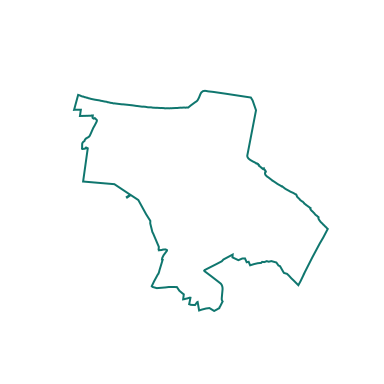 the district of Liepāja, Liepāja, Latvia, rotated 110°
{"feature_id": "27541924B54461346766762", "entity_name": "Liepāja", "entity_type": "district", "adm_level": 2, "iso_a3": "LVA", "parent_name": "Latvia", "parent_adm1": "Liepāja", "projection": "natural_earth1", "projection_center": [21.025, 56.537], "detail": "fine", "context": "isolated", "style": "outline", "palette": "teal", "viewbox_px": 384, "rotation_deg": 110, "n_neighbors": 0, "source": "geoboundaries", "source_scale": "gbopen_adm2", "svg_char_len": 5688}
<svg xmlns="http://www.w3.org/2000/svg" viewBox="0 0 384 384"><g transform="rotate(110 192 192)"><path d="M219.4,297.9L211.2,267.6L215.7,249.1L219.0,251.6L219.4,251.1L215.8,248.5L217.9,239.7L228.6,227.5L233.4,221.3L235.8,220.5L243.1,215.6L244.5,214.1L246.0,212.7L254.9,204.4L257.5,203.7L257.6,202.8L257.9,202.8L256.8,200.5L256.3,200.0L256.1,199.7L255.8,199.1L255.0,197.2L255.1,195.8L255.2,195.6L255.5,195.5L255.9,195.5L260.5,196.9L261.2,197.1L264.1,197.4L265.8,197.1L265.8,196.7L265.7,196.6L265.7,196.4L276.6,195.8L278.5,195.6L280.4,195.6L281.0,195.9L289.0,197.1L294.3,197.6L294.7,196.6L294.4,192.3L294.2,191.8L290.8,184.4L289.3,181.5L288.1,178.3L286.5,173.7L289.1,170.1L290.4,166.6L291.0,164.7L295.9,163.6L295.4,162.7L294.2,161.0L294.1,160.9L293.9,160.4L292.0,157.9L291.9,157.3L295.6,156.7L298.4,156.3L298.4,154.4L297.2,150.5L293.8,149.5L293.4,149.1L300.9,144.8L299.1,142.5L297.6,140.3L296.7,139.0L295.1,135.9L295.7,133.0L296.2,130.5L293.4,128.0L292.6,127.4L292.1,126.8L291.7,126.6L291.3,126.7L290.7,126.7L290.4,126.5L284.4,125.8L284.2,126.1L283.5,126.8L283.0,127.2L281.7,127.7L273.0,130.0L271.7,130.5L270.8,131.0L270.1,131.5L269.6,131.9L269.0,132.5L268.6,133.1L268.3,133.5L267.6,135.6L264.6,145.0L262.1,153.2L261.8,153.6L261.0,153.4L251.5,144.5L246.9,140.3L244.7,139.4L236.9,132.4L239.6,131.6L240.2,125.1L237.3,122.0L236.3,119.5L239.3,116.6L238.2,114.9L241.0,112.3L238.5,109.0L236.4,105.8L235.0,102.8L233.7,102.2L233.1,100.0L231.4,98.1L231.3,96.1L229.8,93.8L229.4,88.6L231.5,85.6L231.6,83.9L235.6,79.2L236.6,77.9L236.4,74.7L237.5,72.2L239.1,69.2L240.3,66.4L243.2,60.2L238.7,59.5L230.7,58.7L230.7,58.8L212.5,56.6L196.4,54.3L189.9,53.1L180.3,51.8L180.1,52.3L179.9,52.8L179.4,53.6L179.2,54.1L178.9,54.8L178.8,55.2L178.6,55.5L178.5,55.8L178.2,56.2L177.7,57.6L177.1,58.6L176.2,60.8L175.9,61.2L175.2,62.3L174.6,63.1L174.5,63.3L174.1,63.7L173.3,64.3L172.5,64.4L172.2,64.7L172.2,65.1L172.0,65.8L171.6,66.5L171.4,67.5L171.2,68.1L171.1,68.3L170.5,69.4L170.1,69.9L169.9,70.4L169.8,70.8L169.6,71.1L169.4,71.4L168.9,72.5L168.9,72.8L168.6,73.3L168.3,73.9L168.1,74.3L167.3,75.1L167.2,75.2L166.6,75.1L166.4,75.9L166.2,76.6L166.1,76.9L166.0,77.3L165.9,77.6L165.8,78.1L165.6,78.6L165.2,80.2L165.0,80.5L165.0,80.8L164.8,81.2L164.6,81.9L164.5,82.2L164.5,82.4L164.4,82.6L164.2,82.9L164.0,83.0L163.5,84.1L163.2,84.7L163.2,85.2L163.1,85.6L162.7,87.0L162.5,87.6L162.3,88.0L162.2,88.1L161.8,88.7L161.8,88.8L161.5,89.4L161.3,89.9L160.9,90.7L160.9,90.9L160.8,91.1L160.7,91.2L160.3,91.9L159.7,92.2L159.3,92.6L159.0,92.9L158.9,93.3L158.7,93.5L158.8,93.7L158.5,95.1L158.3,96.2L158.2,97.0L158.1,98.9L158.0,99.9L157.7,101.4L157.7,101.6L157.4,103.3L157.4,103.6L157.1,105.3L157.0,105.7L155.8,109.4L156.1,109.6L155.8,110.8L155.2,114.4L154.7,116.2L153.8,119.9L153.9,120.2L153.7,120.4L152.1,125.4L151.9,126.5L151.2,128.1L150.8,128.8L150.5,129.1L149.9,129.6L149.1,129.9L148.1,130.0L147.8,129.9L147.6,129.6L147.2,129.9L147.1,130.3L146.8,130.6L146.6,131.0L146.5,130.9L146.4,131.0L146.3,131.4L146.2,131.4L146.1,131.6L145.8,132.0L145.8,132.3L145.9,132.5L145.6,132.6L146.0,132.9L146.1,133.0L146.1,133.4L146.0,133.6L145.6,133.8L145.7,134.0L145.8,134.2L145.8,134.4L145.6,134.9L144.9,136.3L144.8,136.8L144.6,137.2L144.7,137.4L144.6,137.6L144.5,137.8L144.4,138.1L143.8,138.4L143.9,138.6L143.7,138.8L143.6,139.2L143.3,139.5L143.1,139.6L143.2,140.2L143.1,140.5L142.9,140.7L142.9,141.0L143.0,141.2L143.2,141.4L142.9,142.1L142.6,143.9L142.6,144.6L142.1,147.5L141.8,148.8L141.5,149.6L141.2,150.4L140.8,151.0L140.4,151.5L139.9,152.0L139.4,152.3L138.9,152.5L93.3,159.8L85.3,166.3L83.1,169.0L87.2,189.4L88.0,193.4L90.7,206.4L91.9,211.2L92.3,213.8L92.6,214.7L93.5,216.2L95.3,217.3L95.8,217.4L97.4,217.6L100.8,217.7L102.4,217.9L103.7,218.1L104.6,218.4L105.5,218.9L106.2,219.5L111.3,222.9L112.5,223.6L114.0,224.5L114.3,225.6L114.6,226.3L115.0,226.9L115.1,227.5L115.3,228.3L116.1,230.0L116.5,231.0L116.7,231.7L117.6,233.6L118.0,234.3L118.4,235.4L118.7,236.2L118.9,236.6L119.3,237.6L119.8,238.8L120.4,240.1L120.7,241.1L121.1,241.8L121.5,243.2L121.8,244.0L122.7,246.2L122.7,246.8L123.4,249.1L123.8,250.1L124.2,251.5L124.6,252.8L124.7,253.3L124.8,253.5L124.9,253.9L125.0,254.0L125.1,254.3L125.8,256.5L126.2,257.9L126.4,259.2L126.6,259.9L127.1,261.2L127.5,262.5L127.8,264.4L128.0,265.6L128.3,266.2L128.4,267.0L128.9,268.0L129.0,268.6L129.4,270.5L129.8,272.3L129.9,272.8L130.2,273.9L130.5,275.5L130.8,277.0L130.9,277.4L131.0,278.1L131.1,278.5L131.3,278.8L131.3,279.1L131.6,280.4L131.7,280.8L133.2,286.8L133.6,287.9L134.9,293.6L135.3,295.4L135.6,296.0L135.7,297.7L136.0,298.6L136.1,299.7L136.2,300.4L136.2,301.0L136.5,302.0L136.4,302.9L136.6,304.0L136.8,304.6L137.0,306.1L137.1,306.7L137.2,307.6L137.5,309.0L137.5,309.8L137.7,311.0L138.1,312.9L138.2,313.6L138.4,314.4L138.9,317.7L139.1,319.3L139.1,319.8L139.1,320.2L139.3,321.2L139.3,321.9L139.2,322.3L139.2,322.6L139.4,323.0L139.4,324.4L139.6,325.1L139.5,326.8L139.7,327.3L139.8,328.8L139.7,329.2L139.6,330.7L139.7,331.7L139.7,332.2L155.1,330.9L154.7,330.1L152.7,324.6L158.9,323.3L154.6,312.4L154.4,312.4L154.0,311.4L156.2,310.9L156.4,310.6L156.5,310.1L156.7,309.7L156.7,309.4L156.3,308.9L155.8,308.6L156.1,307.8L156.5,307.1L156.7,306.6L157.0,306.0L157.4,305.8L157.8,305.7L158.8,305.7L162.7,306.2L165.6,306.7L168.4,306.9L171.6,307.1L173.8,307.3L174.4,307.4L174.9,307.6L175.6,307.9L175.7,308.1L176.1,308.3L176.5,308.6L176.9,309.1L177.1,309.2L177.7,309.5L177.8,309.7L177.8,309.8L178.3,310.1L179.5,310.5L180.7,310.5L180.9,310.5L182.2,311.4L182.6,311.5L183.2,311.7L184.2,311.7L184.5,311.6L186.3,311.0L187.7,310.5L188.9,310.2L189.1,309.9L189.1,309.7L188.7,309.0L188.1,307.8L187.3,306.8L186.7,307.0L186.5,306.9L186.4,306.7L186.6,304.9L219.4,297.9Z" fill="none" stroke="#0f766e" stroke-width="2"/></g></svg>